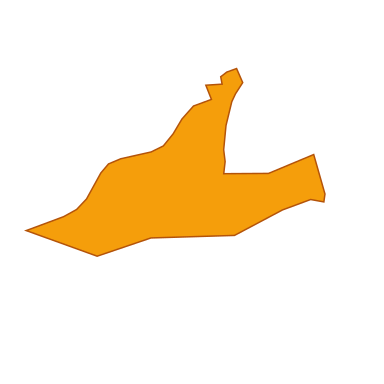 Lendava, Robinson projection, rotated 125°
{"feature_id": "SVN-264", "entity_name": "Lendava", "entity_type": "Municipality", "adm_level": 1, "iso_a3": "SVN", "parent_name": "Slovenia", "parent_adm1": "", "projection": "robinson", "projection_center": [16.393, 46.569], "detail": "fine", "context": "isolated", "style": "filled", "palette": "amber", "viewbox_px": 384, "rotation_deg": 125, "n_neighbors": 0, "source": "natural_earth", "source_scale": "10m", "svg_char_len": 611}
<svg xmlns="http://www.w3.org/2000/svg" viewBox="0 0 384 384"><g transform="rotate(125 192 192)"><path d="M124.5,78.3L130.1,90.5L154.8,107.6L203.2,132.3L253.2,199.3L299.0,232.9L318.7,305.7L285.8,283.0L272.5,276.5L258.2,274.4L228.7,277.6L216.9,276.5L205.6,269.4L182.7,248.5L170.7,241.9L155.2,240.8L138.0,242.1L120.7,240.1L105.0,229.2L96.6,241.9L96.0,241.2L86.4,229.2L81.1,234.6L80.3,234.3L73.8,232.3L65.3,226.3L73.3,213.2L86.6,212.7L95.2,211.2L118.0,202.3L139.2,190.3L148.1,182.3L158.8,176.5L132.9,140.0L91.5,113.8L117.4,81.9L124.1,78.5L124.5,78.3Z" fill="#f59e0b" stroke="#b45309" stroke-width="1.5"/></g></svg>